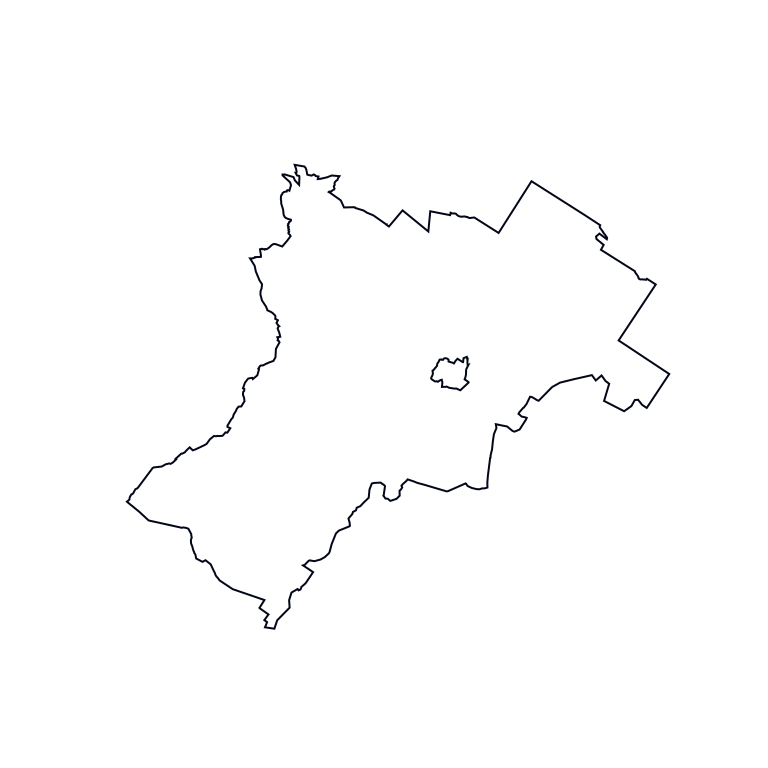 Viesītes pag., Viesites, Latvia (orthographic projection), rotated 311°
{"feature_id": "27541924B828825882748", "entity_name": "Viesītes pag.", "entity_type": "district", "adm_level": 2, "iso_a3": "LVA", "parent_name": "Latvia", "parent_adm1": "Viesites", "projection": "orthographic", "projection_center": [25.496, 56.366], "detail": "fine", "context": "isolated", "style": "outline", "palette": "ink", "viewbox_px": 768, "rotation_deg": 311, "n_neighbors": 0, "source": "geoboundaries", "source_scale": "gbopen_adm2", "svg_char_len": 6155}
<svg xmlns="http://www.w3.org/2000/svg" viewBox="0 0 768 768"><g transform="rotate(311 384 384)"><path d="M578.7,592.7L570.8,532.5L637.4,523.8L635.9,513.4L634.5,513.4L634.1,512.3L633.2,511.6L632.7,510.6L631.1,508.8L630.8,508.2L630.7,507.4L630.8,507.3L630.9,506.6L631.2,506.5L632.0,504.7L632.5,502.8L632.6,501.9L633.3,499.7L633.7,499.3L627.6,459.7L633.1,458.5L632.8,449.3L634.4,447.3L638.8,447.9L639.4,457.2L640.5,456.7L641.0,455.7L642.3,449.6L642.5,449.6L643.7,444.3L644.4,443.4L645.7,443.0L643.1,424.2L633.8,362.3L573.2,371.4L568.9,342.9L565.3,339.6L564.7,337.8L564.8,337.4L563.8,336.0L563.5,335.1L560.8,332.4L559.8,330.5L559.6,329.7L559.5,327.7L559.7,326.7L559.2,325.6L557.1,323.2L557.3,322.7L557.0,321.9L554.8,323.1L544.7,305.6L528.2,317.4L527.2,284.1L506.1,284.4L505.8,281.2L506.1,281.1L505.9,280.8L504.3,265.3L502.1,258.7L501.5,254.7L498.1,247.0L498.2,246.2L497.9,246.1L497.6,245.2L491.0,238.0L494.0,231.5L494.2,230.5L493.0,218.3L492.6,216.3L493.0,216.3L494.9,217.9L496.8,218.2L498.2,218.8L499.1,218.4L499.5,217.5L500.3,216.4L501.9,216.2L502.6,215.3L504.0,214.5L506.2,214.6L507.4,215.0L509.1,214.3L511.6,214.0L507.1,207.8L502.3,205.2L497.0,201.3L495.2,199.6L497.6,198.4L496.1,196.0L496.4,195.2L496.1,193.5L493.8,192.7L492.3,190.1L491.7,188.7L494.7,184.9L495.6,183.3L495.9,181.2L490.8,172.8L488.6,176.6L486.9,178.8L485.9,179.3L485.4,178.7L484.3,181.5L485.4,183.5L484.7,184.4L478.6,189.3L479.2,183.2L480.8,180.0L477.0,171.5L476.5,171.3L475.6,170.0L474.9,170.5L474.6,180.8L473.0,183.4L467.8,185.8L467.7,184.9L466.9,184.0L466.5,183.8L465.5,184.3L464.2,183.1L463.0,182.5L461.5,182.2L460.0,182.8L459.2,182.6L457.8,183.3L455.3,185.4L454.7,186.3L452.7,188.1L449.4,193.5L445.9,197.2L444.9,199.5L444.9,201.0L445.5,202.9L446.9,205.9L446.9,206.1L446.2,206.6L444.7,206.5L444.0,206.1L442.4,206.9L441.9,206.7L441.8,207.0L440.6,207.3L440.3,207.6L440.3,208.8L439.5,209.4L439.2,209.1L438.7,209.5L438.3,210.2L438.3,210.9L437.2,211.1L436.9,212.4L436.4,212.7L435.8,212.5L435.0,213.0L434.9,213.9L434.8,215.4L434.3,216.5L429.1,216.9L421.0,217.0L418.8,211.2L418.0,209.7L417.0,208.7L415.0,208.1L412.5,207.9L409.9,207.4L408.8,206.9L407.4,205.9L407.7,205.6L406.2,204.2L406.3,203.6L405.5,202.8L404.3,202.0L400.5,206.6L399.2,207.7L395.3,203.6L395.1,203.9L392.2,202.1L390.9,200.5L388.5,208.4L388.0,209.3L384.8,213.5L380.5,222.1L379.3,226.5L375.8,228.9L373.0,230.0L370.4,232.1L367.0,237.1L365.1,243.9L363.8,246.6L363.1,247.6L364.3,251.7L364.5,253.4L364.3,256.7L363.7,257.8L361.8,259.2L362.4,261.2L362.5,262.1L359.6,262.8L358.9,265.2L358.9,266.9L358.5,266.7L356.2,267.2L353.8,271.6L351.6,274.7L349.3,272.8L348.6,274.5L347.1,275.1L347.4,276.6L346.9,277.8L339.6,279.4L332.9,284.6L328.8,285.4L324.8,283.1L323.0,282.4L322.6,282.0L318.7,280.5L317.1,278.9L316.2,278.6L313.1,279.1L313.2,280.0L307.4,282.7L301.7,281.8L302.3,280.6L299.7,278.4L298.7,277.9L293.8,278.2L288.2,280.4L288.7,281.7L287.1,283.0L286.0,282.8L284.9,283.4L283.2,284.8L281.9,287.3L279.5,290.0L273.4,291.0L271.5,289.1L268.6,289.2L266.6,289.9L262.3,290.6L259.6,291.9L257.0,291.9L249.8,293.2L248.9,294.0L249.8,297.0L244.5,297.7L243.5,296.1L239.5,296.2L238.5,295.7L235.8,292.9L235.4,292.1L234.4,291.6L233.3,289.8L228.1,288.9L222.5,289.4L220.5,288.8L210.7,284.5L208.5,283.2L208.7,278.9L203.4,278.4L202.0,278.6L199.2,277.5L198.5,276.7L190.7,275.8L190.8,276.6L190.5,276.6L185.9,276.1L183.7,275.3L183.1,274.0L180.1,271.9L175.9,270.4L169.9,264.9L168.8,264.5L144.6,266.3L143.5,266.3L141.4,265.4L137.1,266.4L135.8,266.3L135.0,265.8L134.5,265.8L131.8,266.4L129.6,267.7L126.5,267.2L127.0,283.1L126.6,295.9L142.5,325.1L142.5,325.4L144.1,326.7L145.6,329.1L146.4,331.3L145.5,333.8L144.2,337.1L143.2,338.0L142.0,339.6L139.6,340.6L137.1,343.0L135.5,346.1L134.4,347.6L133.2,349.5L132.6,351.0L132.1,351.6L131.4,353.8L129.6,356.0L129.1,356.8L130.7,363.7L133.9,364.9L134.2,371.5L131.0,378.7L130.6,380.0L129.5,381.8L128.9,383.4L128.3,387.2L127.9,388.8L129.9,404.4L142.5,435.5L133.3,436.9L133.2,437.3L134.3,448.0L127.3,448.6L127.6,452.0L122.3,453.8L127.4,461.8L135.6,458.4L153.3,459.5L158.6,454.2L165.9,451.0L172.6,453.3L172.2,454.9L174.1,455.8L176.7,454.8L181.6,455.5L182.9,455.5L195.5,453.9L194.0,441.9L195.5,442.8L200.9,443.1L201.9,443.5L202.2,443.7L204.6,447.7L209.8,451.2L214.5,452.9L220.1,453.5L221.8,453.0L228.7,449.6L239.6,445.8L243.7,446.1L254.1,451.4L254.6,451.3L256.9,448.9L258.9,445.8L259.3,445.4L265.1,445.4L267.1,444.5L270.2,445.7L272.8,444.6L276.3,446.3L280.7,446.4L288.1,447.1L294.8,442.3L300.9,440.1L302.9,441.5L307.4,446.2L307.5,447.8L307.4,447.9L307.6,448.3L307.8,451.2L307.5,451.8L299.6,456.9L299.3,456.9L299.3,457.3L298.5,460.1L299.9,462.2L299.9,465.3L300.1,465.6L305.6,468.8L310.0,469.1L313.7,465.7L315.5,466.0L317.9,465.6L318.7,463.9L321.1,463.9L325.4,464.5L327.5,464.4L330.0,470.4L331.3,474.2L334.3,480.3L344.1,501.8L345.1,502.6L362.5,510.8L362.6,511.3L361.9,513.6L362.1,514.9L363.2,518.6L365.5,523.0L367.2,525.1L369.5,526.5L371.5,528.6L373.7,530.0L377.6,526.5L383.2,522.4L398.0,512.5L398.3,512.7L400.2,511.2L405.6,508.4L412.4,503.6L418.2,499.9L424.6,497.7L427.0,494.8L432.7,504.8L432.9,511.9L433.7,513.8L438.6,516.2L450.2,514.5L452.1,513.9L451.1,511.7L449.7,509.2L449.8,506.5L449.7,505.1L451.4,504.7L457.3,504.7L457.9,505.0L462.4,504.7L470.2,502.6L471.0,503.8L471.5,505.6L472.2,510.0L472.8,511.7L492.1,512.9L500.6,516.0L512.1,524.1L527.1,535.1L525.6,541.5L533.2,542.6L531.6,549.3L531.9,553.8L515.6,561.2L521.0,583.1L529.7,585.2L536.4,583.8L538.8,586.1L537.6,592.5L538.3,598.0L578.7,592.7ZM455.1,432.7L453.0,434.9L453.7,435.2L449.4,436.3L448.3,436.9L444.9,439.7L442.1,441.2L440.4,441.8L440.9,446.5L440.6,446.9L429.3,445.7L428.0,441.4L426.8,440.3L423.9,435.7L423.2,433.0L422.4,432.5L419.8,429.6L423.3,427.2L425.1,424.8L423.7,423.9L421.0,423.2L420.7,422.0L419.4,420.9L418.9,417.4L418.9,416.5L419.5,415.6L422.2,414.9L423.9,414.1L425.9,411.9L426.7,412.2L432.4,412.1L434.3,410.9L436.9,410.6L438.8,410.0L440.1,411.1L440.0,411.4L440.9,412.6L441.2,412.4L442.6,412.6L443.6,413.2L444.1,413.9L444.7,415.3L444.7,416.6L444.6,416.9L443.3,418.0L445.1,421.9L445.4,423.3L448.3,422.8L451.3,422.9L452.1,428.9L452.4,429.3L455.7,427.1L458.8,428.7L457.4,430.5L457.8,430.7L455.1,432.7Z" fill="none" stroke="#020617" stroke-width="2"/></g></svg>